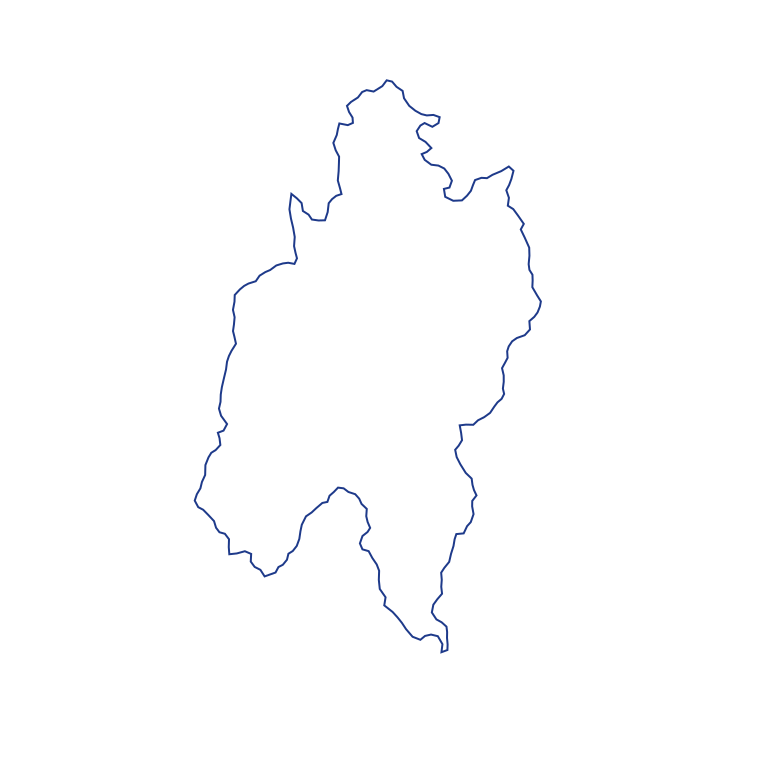 Mar de Espanha, Minas Gerais, Brazil, rotated 148°
{"feature_id": "56859067B7164337679513", "entity_name": "Mar de Espanha", "entity_type": "district", "adm_level": 2, "iso_a3": "BRA", "parent_name": "Brazil", "parent_adm1": "Minas Gerais", "projection": "natural_earth1", "projection_center": [-43.018, -21.864], "detail": "fine", "context": "isolated", "style": "outline", "palette": "blue", "viewbox_px": 768, "rotation_deg": 148, "n_neighbors": 0, "source": "geoboundaries", "source_scale": "gbopen_adm2", "svg_char_len": 3490}
<svg xmlns="http://www.w3.org/2000/svg" viewBox="0 0 768 768"><g transform="rotate(148 384 384)"><path d="M606.8,378.0L604.0,373.2L602.4,366.0L600.8,357.8L602.6,351.1L602.1,345.5L598.3,341.3L597.7,334.5L602.1,327.9L605.4,321.6L598.6,318.3L590.6,315.9L586.7,310.3L591.1,304.0L590.6,297.4L587.3,291.9L587.2,284.1L575.9,281.6L570.5,284.7L565.6,284.3L559.4,286.4L555.0,290.7L549.9,290.7L543.8,292.9L537.9,297.5L532.9,303.4L528.3,308.2L520.3,313.1L513.4,313.4L507.3,314.6L499.3,315.8L494.5,314.0L489.4,318.1L483.8,319.0L477.9,320.5L473.5,316.9L471.4,311.3L466.8,305.8L465.8,299.9L466.6,294.2L464.8,287.2L469.1,281.3L471.0,275.7L472.0,269.3L476.4,267.2L482.8,266.5L488.9,261.6L489.9,255.2L485.6,250.4L486.1,242.7L485.8,234.8L487.1,228.2L492.2,220.6L496.2,212.4L495.7,202.3L501.1,196.1L497.5,186.1L496.2,178.9L495.4,172.0L495.2,164.3L493.7,154.5L488.7,147.8L482.7,148.6L476.9,146.6L472.0,141.6L472.3,132.4L477.4,126.1L471.2,124.8L468.1,129.4L465.1,135.3L461.9,140.2L459.6,145.1L461.4,151.4L464.3,156.6L464.5,164.9L459.1,170.7L452.9,173.2L445.9,175.4L442.9,181.7L438.8,187.3L435.5,193.7L430.3,196.1L423.0,198.6L417.1,204.5L410.9,209.8L406.4,214.9L402.2,218.4L395.6,215.1L388.9,219.4L383.6,220.9L377.0,226.2L374.1,233.5L371.1,238.1L364.6,240.5L363.9,246.4L362.4,251.6L359.8,257.3L361.8,265.3L361.8,275.5L361.1,283.5L358.5,290.5L353.4,292.1L347.6,295.0L344.5,301.7L341.7,308.8L336.0,306.1L329.9,302.1L323.5,303.4L316.5,302.8L309.3,303.3L302.4,306.4L297.5,308.3L292.1,309.1L287.4,311.9L285.6,317.1L281.3,322.4L277.9,327.9L275.5,334.9L270.1,337.9L265.3,340.7L262.2,346.5L258.3,349.8L252.7,352.3L247.0,352.6L238.8,350.8L231.3,352.9L227.4,360.3L221.0,361.3L215.9,363.3L210.8,367.0L207.2,370.9L207.2,378.0L206.9,387.5L203.1,393.0L200.2,398.0L200.2,403.7L197.8,409.0L192.7,415.7L188.6,422.7L187.1,433.5L186.1,442.6L180.6,445.7L181.1,455.9L181.7,463.8L184.5,469.6L179.4,475.7L177.6,483.5L172.5,486.4L167.3,490.4L161.2,496.2L162.9,502.3L171.7,502.4L181.1,503.9L187.6,504.0L192.1,507.2L198.7,508.7L203.3,505.4L207.9,501.8L213.8,499.7L220.6,498.4L228.2,502.7L232.9,510.3L229.8,517.7L224.4,515.9L218.7,520.4L218.0,528.1L218.7,534.8L222.1,540.4L227.7,544.9L230.7,552.5L230.2,559.0L224.7,558.1L218.8,559.0L220.5,567.3L223.9,574.0L222.3,581.1L216.2,583.9L211.3,583.8L206.7,576.5L199.5,576.4L195.4,580.8L199.5,586.0L205.4,589.1L209.3,593.1L212.6,599.1L215.2,606.5L215.6,615.7L212.9,622.7L215.9,629.4L216.9,636.2L220.8,640.1L227.6,637.5L237.8,637.5L243.0,642.4L247.8,643.2L254.3,640.8L262.4,640.7L268.0,639.5L269.5,633.2L269.5,626.6L272.0,621.9L277.5,622.7L283.8,628.6L288.0,624.6L292.1,620.2L299.2,615.3L301.1,607.8L301.6,600.6L304.7,595.9L309.7,588.5L315.3,581.1L317.6,573.2L319.4,567.6L324.8,568.9L330.1,568.3L335.1,566.6L340.7,559.6L347.3,554.1L352.9,557.4L358.0,561.7L358.2,567.6L361.1,573.7L358.0,581.1L359.5,587.7L361.8,594.3L366.4,588.7L371.6,582.3L375.2,573.7L378.2,564.8L381.8,556.0L387.2,548.6L389.5,542.2L391.2,536.7L396.3,533.3L401.0,537.6L405.8,539.8L412.5,541.6L420.2,541.0L425.3,541.8L432.1,541.8L438.3,539.1L445.7,541.0L450.6,541.3L456.0,540.6L463.4,538.6L467.2,533.0L472.8,526.9L475.3,519.8L479.7,514.0L484.0,508.9L485.8,503.4L488.2,496.6L495.8,492.9L500.7,489.9L505.3,486.1L510.3,480.0L516.7,473.7L523.2,467.2L528.0,461.6L532.1,455.5L537.0,450.6L539.0,443.4L538.3,433.2L544.8,429.5L550.7,430.7L552.2,425.2L555.1,419.0L561.7,417.2L566.9,417.2L571.7,414.8L578.4,409.9L583.9,401.6L590.3,397.4L595.0,392.8L601.1,389.7L606.3,385.4L606.8,378.0Z" fill="none" stroke="#1e3a8a" stroke-width="2"/></g></svg>